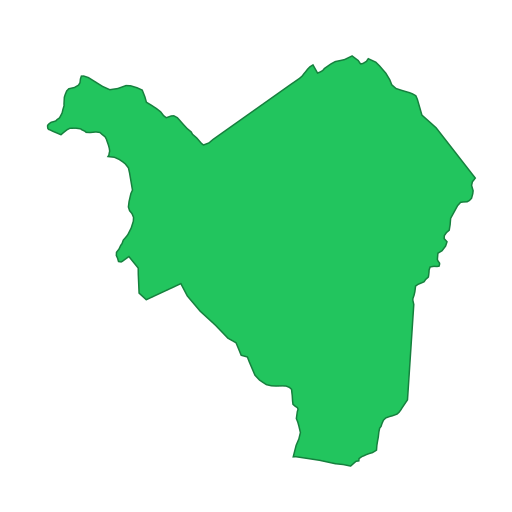 outline of Batangafo, Ouham, Central African Republic, rotated 183°
{"feature_id": "33826404B19230963390716", "entity_name": "Batangafo", "entity_type": "district", "adm_level": 2, "iso_a3": "CAF", "parent_name": "Central African Republic", "parent_adm1": "Ouham", "projection": "robinson", "projection_center": [18.084, 7.412], "detail": "fine", "context": "isolated", "style": "filled", "palette": "green", "viewbox_px": 512, "rotation_deg": 183, "n_neighbors": 0, "source": "geoboundaries", "source_scale": "gbopen_adm2", "svg_char_len": 3375}
<svg xmlns="http://www.w3.org/2000/svg" viewBox="0 0 512 512"><g transform="rotate(183 256 256)"><path d="M66.0,280.2L69.0,283.2L69.0,286.2L67.0,289.4L64.4,291.9L63.8,297.4L63.6,303.8L57.3,316.9L54.5,320.3L51.9,320.8L48.0,321.2L45.8,322.6L43.8,324.9L42.8,329.5L42.6,332.5L44.4,337.8L43.8,341.4L41.1,345.3L82.9,393.5L97.7,405.4L103.1,421.0L104.8,424.4L108.2,426.1L111.4,427.2L112.4,427.4L119.1,429.0L125.0,430.6L129.4,434.1L131.6,438.9L135.9,445.3L142.6,452.3L146.5,455.8L154.2,458.9L155.0,457.7L155.8,456.2L159.2,453.9L161.4,453.3L162.0,453.7L164.1,456.5L170.5,460.8L177.8,456.8L181.3,455.8L187.0,454.3L191.1,451.8L197.7,446.7L198.2,445.7L199.4,444.5L201.2,443.3L204.1,441.9L209.1,449.8L212.0,447.8L214.3,445.2L216.0,442.7L217.7,440.5L219.3,438.1L221.9,435.6L230.2,429.2L304.8,370.3L306.0,369.2L309.0,366.4L314.3,364.1L316.5,365.7L321.4,370.8L325.8,374.2L327.2,376.5L331.5,379.7L335.5,383.6L339.3,387.5L341.8,390.0L345.4,391.7L348.0,391.4L351.3,390.0L352.9,389.4L355.7,391.4L358.7,394.9L362.8,397.8L368.4,401.1L373.5,403.8L375.3,409.1L378.3,415.7L383.6,417.8L390.1,419.4L394.7,419.4L402.8,416.0L410.7,414.4L418.1,417.3L432.7,425.4L437.5,426.7L439.8,426.5L440.6,423.5L440.8,419.9L442.2,417.3L445.0,415.5L446.0,414.8L451.7,413.2L453.7,410.9L454.9,407.5L455.7,404.5L455.7,400.1L455.7,397.6L455.5,396.2L456.5,392.1L457.1,388.7L458.7,385.2L459.5,383.6L461.8,381.8L463.0,380.4L465.4,379.5L467.6,378.8L469.6,377.2L470.9,375.6L470.9,374.2L470.5,372.4L469.6,371.5L468.4,371.2L465.4,369.9L457.1,366.9L454.7,369.2L451.3,372.2L448.6,373.8L446.0,374.0L442.4,374.2L437.7,373.8L436.9,373.1L433.5,371.7L432.1,370.6L428.2,370.6L422.4,371.5L418.3,371.2L416.1,369.4L412.9,367.1L411.5,364.8L411.1,363.7L409.2,359.1L408.2,356.1L407.6,353.1L408.0,350.8L408.2,349.0L409.0,347.6L406.2,347.4L402.6,347.2L401.3,346.7L397.7,345.3L393.9,343.0L391.4,341.2L388.0,337.3L386.6,332.3L382.8,315.3L384.2,311.8L384.8,308.4L385.6,303.8L386.0,298.3L384.6,294.6L382.1,291.9L380.3,288.2L380.3,284.3L382.1,277.4L383.2,274.9L385.0,270.8L386.2,269.0L389.4,264.8L390.4,261.4L391.6,259.6L393.2,255.7L395.5,252.4L395.5,249.2L394.1,246.5L393.0,243.3L390.4,243.0L389.2,243.7L382.9,248.8L373.0,237.8L372.6,231.6L370.8,212.8L363.3,206.6L329.6,224.5L322.5,212.5L308.8,197.9L292.9,184.8L279.7,172.4L271.4,168.3L268.4,162.1L265.6,156.1L259.3,154.7L257.3,150.2L250.8,136.9L246.0,132.3L242.2,130.0L238.9,128.1L233.9,127.2L229.2,127.2L222.8,127.7L219.1,127.7L215.7,126.5L213.5,124.7L213.1,122.0L212.5,118.5L211.9,113.2L211.3,109.8L209.0,108.0L206.8,106.8L206.0,105.2L206.6,102.7L207.2,95.8L205.6,92.4L204.2,88.2L202.4,82.0L203.6,75.6L206.0,69.0L208.3,57.4L205.4,57.7L205.1,57.6L194.7,56.6L181.7,55.3L165.8,52.7L165.2,52.7L157.8,52.3L152.0,51.4L150.5,51.2L145.4,56.2L142.6,56.8L142.5,59.1L139.7,61.3L137.9,62.1L135.5,63.4L132.5,64.7L129.5,65.7L126.4,67.8L125.5,68.5L125.4,73.2L125.0,77.0L124.4,81.6L124.1,86.7L123.5,90.5L122.2,92.4L121.4,95.4L120.1,98.8L117.9,101.1L114.2,102.7L111.6,103.5L106.9,105.5L105.0,107.4L103.2,110.1L102.3,111.8L97.2,120.3L95.9,215.8L97.1,220.1L97.1,221.7L96.1,225.2L95.5,228.6L95.3,231.1L95.1,234.3L92.7,236.2L88.9,238.0L86.8,239.1L85.4,241.4L82.8,244.0L82.6,245.6L82.4,248.8L82.4,251.1L81.6,254.1L80.2,254.5L77.7,255.0L74.7,255.0L72.7,255.4L72.3,257.0L72.3,258.4L74.1,260.7L74.7,262.1L74.5,268.3L70.5,271.0L69.2,272.9L67.2,275.8L66.0,280.2Z" fill="#22c55e" stroke="#15803d" stroke-width="1.5"/></g></svg>